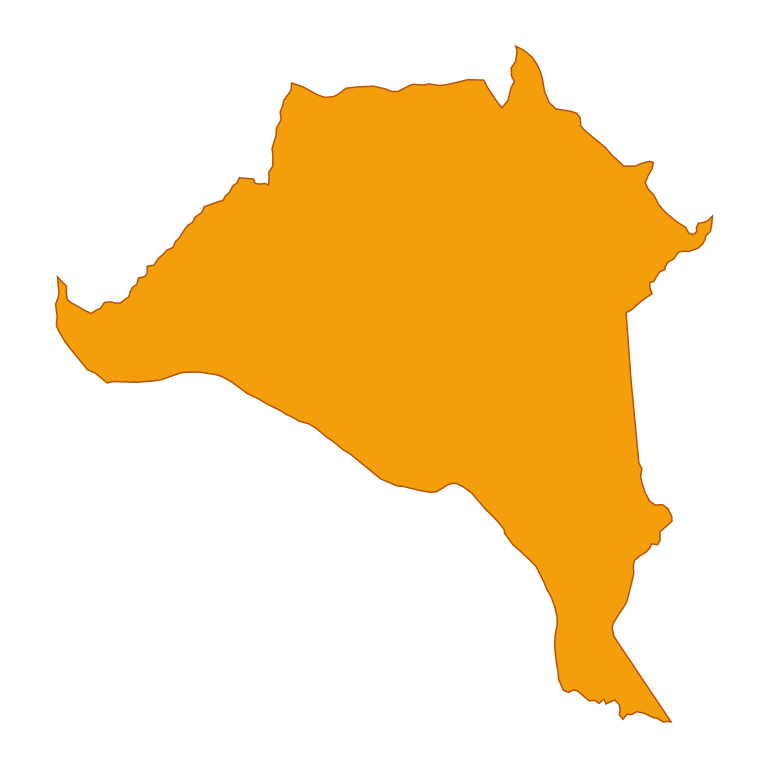 outline of Imperatriz, Maranhão, Brazil
{"feature_id": "56859067B50808987997091", "entity_name": "Imperatriz", "entity_type": "district", "adm_level": 2, "iso_a3": "BRA", "parent_name": "Brazil", "parent_adm1": "Maranhão", "projection": "mercator", "projection_center": [-47.572, -5.387], "detail": "fine", "context": "isolated", "style": "filled", "palette": "amber", "viewbox_px": 768, "rotation_deg": 0, "n_neighbors": 0, "source": "geoboundaries", "source_scale": "gbopen_adm2", "svg_char_len": 3697}
<svg xmlns="http://www.w3.org/2000/svg" viewBox="0 0 768 768"><path d="M299.2,421.2L308.4,423.7L316.5,428.5L326.5,437.0L332.6,441.1L343.3,449.9L349.5,453.4L380.8,479.0L392.9,484.1L397.6,486.0L403.2,486.4L413.2,488.9L421.8,490.9L430.0,492.2L436.8,491.7L447.1,485.2L451.8,483.3L456.9,483.6L463.2,486.8L471.6,493.0L486.7,510.6L490.0,513.5L498.5,522.3L503.9,529.2L504.8,533.6L512.8,544.6L521.2,552.0L525.1,555.7L527.9,558.2L535.9,566.1L539.4,573.2L544.2,582.6L546.7,589.1L550.9,596.3L554.8,606.7L557.0,616.6L557.3,624.1L555.1,635.6L554.8,646.9L555.2,651.6L555.6,655.5L556.6,663.5L558.1,672.3L558.7,679.6L563.4,690.4L568.5,692.4L573.2,690.0L577.3,690.8L581.5,694.3L589.1,700.8L594.9,700.4L599.1,703.3L604.0,699.2L605.9,703.9L614.7,700.0L619.3,704.7L620.1,709.9L619.3,714.8L623.0,719.3L626.9,714.3L631.8,714.6L636.6,711.7L643.9,713.1L652.8,717.4L657.5,718.5L663.0,721.9L667.2,721.5L671.1,721.9L636.2,669.9L632.0,663.5L627.5,656.8L622.8,649.8L620.1,645.9L616.7,640.6L613.6,635.6L612.2,627.5L613.4,623.1L618.3,615.1L624.0,606.7L626.8,601.5L631.8,582.1L633.8,573.1L633.2,566.0L634.5,560.4L639.9,555.9L646.1,552.0L650.1,547.9L651.3,543.8L657.7,544.7L660.1,540.1L659.9,532.0L672.0,521.1L671.8,516.7L667.9,508.6L662.4,504.6L655.1,505.1L649.7,501.1L647.3,496.7L645.3,493.0L643.0,486.2L640.5,477.4L641.8,468.8L638.9,463.0L638.3,456.7L637.0,443.1L631.1,380.9L626.1,312.8L631.9,309.5L638.9,303.2L641.8,300.8L648.3,296.2L652.1,293.7L649.9,288.1L649.7,282.7L654.0,281.3L656.1,277.2L659.9,271.6L664.6,269.9L665.5,266.3L667.9,262.2L673.8,258.9L678.1,252.6L681.8,251.3L689.3,251.3L697.9,248.3L702.8,243.7L704.8,240.1L706.3,235.4L710.5,231.3L711.8,223.9L712.4,216.1L708.3,220.4L704.0,222.3L698.2,223.3L696.4,227.8L696.7,231.6L693.2,234.6L688.7,233.1L685.6,227.4L681.4,224.7L675.7,221.0L666.0,212.8L661.0,207.5L658.1,203.6L653.8,195.0L648.7,189.7L645.1,182.9L648.1,175.7L652.1,168.5L653.4,162.4L649.5,161.4L641.3,163.4L636.2,165.9L631.4,166.1L623.7,166.1L617.3,159.9L612.8,156.2L605.1,147.3L590.9,135.6L584.8,130.5L580.7,125.7L580.2,118.0L576.9,113.3L570.2,111.2L555.9,108.9L549.2,102.6L544.6,91.7L542.8,81.1L540.6,72.3L536.5,63.6L532.6,57.7L526.7,52.5L523.0,49.8L515.6,46.1L517.1,51.2L515.6,61.4L511.2,68.0L511.6,76.3L514.4,81.5L511.4,86.8L507.9,100.4L502.0,107.9L496.1,100.4L486.9,86.4L483.8,80.1L467.5,79.7L457.7,82.3L443.7,85.2L438.3,85.4L429.2,83.9L423.2,85.0L414.6,84.4L410.6,85.0L398.0,91.5L391.8,91.5L385.7,89.0L373.6,86.2L359.2,86.8L346.1,88.2L338.0,94.4L333.3,96.7L325.0,97.4L318.4,95.3L303.0,86.8L291.7,83.0L290.8,90.5L283.7,100.5L282.9,105.2L280.2,111.8L281.1,119.6L276.5,128.1L276.1,135.2L272.1,148.5L272.9,156.7L272.7,166.3L268.8,172.2L269.2,177.8L268.4,184.9L264.9,183.5L259.0,184.1L255.1,183.3L253.5,179.0L239.4,177.8L236.8,183.3L233.1,185.5L228.8,193.1L225.5,195.8L222.7,200.7L219.1,201.4L212.9,203.7L204.3,206.7L201.8,212.6L194.9,217.2L192.8,222.2L188.1,225.1L184.7,229.2L182.7,232.7L179.2,238.0L175.6,241.4L173.0,247.4L166.6,250.3L162.9,254.6L158.4,258.4L153.9,265.1L147.2,266.3L147.2,273.2L144.7,276.7L138.4,278.0L136.9,284.2L132.2,287.7L130.3,291.3L128.8,296.8L123.7,300.4L120.2,303.2L115.2,303.0L110.5,301.8L104.3,302.5L100.6,308.3L96.8,309.8L91.2,313.5L85.2,310.7L79.2,307.1L74.7,304.7L71.3,302.8L67.2,299.5L66.4,292.4L66.4,286.0L61.2,281.0L57.6,277.0L58.9,292.5L58.2,297.5L55.6,304.2L57.2,316.9L56.6,321.7L56.4,325.9L59.3,332.1L65.0,341.7L70.5,348.9L87.6,369.8L95.0,372.9L103.7,380.1L107.2,382.9L113.5,381.5L119.2,381.7L136.4,382.3L140.6,381.9L153.7,380.9L162.5,379.3L180.6,372.9L185.8,372.2L199.8,372.1L217.0,374.9L221.5,376.5L227.2,379.4L232.5,382.5L247.4,393.6L257.8,398.5L266.7,403.9L280.8,410.8L285.7,414.2L293.2,417.5L299.2,421.2Z" fill="#f59e0b" stroke="#b45309" stroke-width="1.5"/></svg>